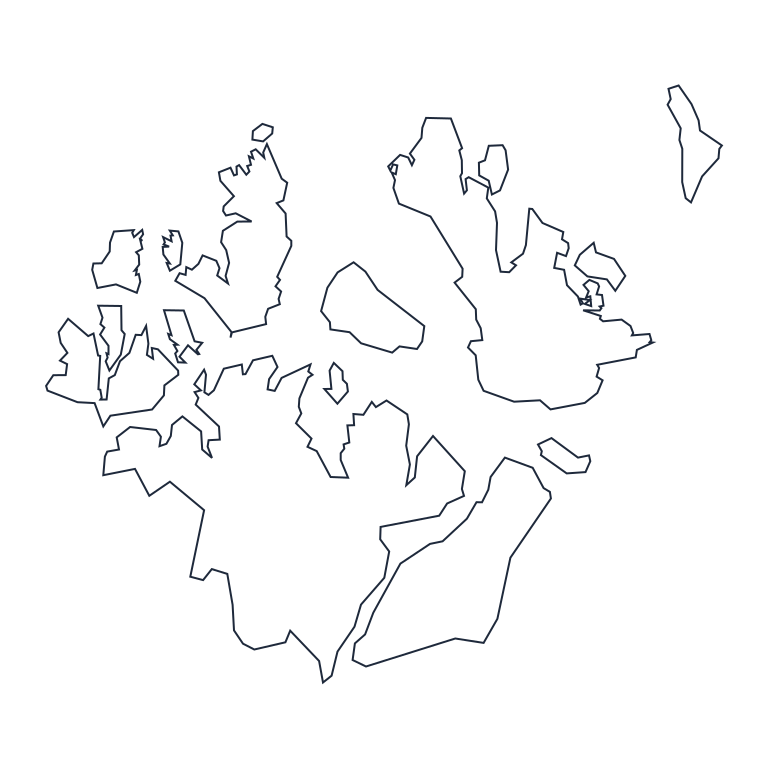 outline of Karlsøy nor, Troms, Norway
{"feature_id": "86288312B39619690303479", "entity_name": "Karlsøy nor", "entity_type": "district", "adm_level": 2, "iso_a3": "NOR", "parent_name": "Norway", "parent_adm1": "Troms", "projection": "mercator", "projection_center": [19.425, 70.066], "detail": "fine", "context": "isolated", "style": "outline", "palette": "slate", "viewbox_px": 768, "rotation_deg": 0, "n_neighbors": 0, "source": "geoboundaries", "source_scale": "gbopen_adm2", "svg_char_len": 6106}
<svg xmlns="http://www.w3.org/2000/svg" viewBox="0 0 768 768"><path d="M323.0,682.5L331.6,675.7L337.5,651.6L354.5,626.7L361.0,604.6L384.3,577.8L389.2,551.5L380.2,539.3L380.6,526.9L439.2,515.7L447.1,503.5L464.0,495.9L461.9,489.0L464.8,471.2L433.0,436.0L417.1,456.3L414.8,477.5L406.3,485.2L409.9,464.5L406.2,445.7L408.9,424.3L407.3,414.4L386.5,400.5L375.9,407.1L371.8,401.9L363.4,414.8L353.4,414.0L354.1,425.2L347.4,425.4L349.3,442.5L343.6,444.4L344.3,448.7L340.7,453.2L340.7,460.0L348.1,477.7L330.6,477.0L316.7,451.1L307.5,446.8L311.5,438.6L296.0,423.2L301.3,413.4L298.8,406.8L299.4,398.4L308.0,377.7L312.5,374.8L308.3,371.5L310.5,364.4L281.6,377.9L274.7,390.9L267.6,389.4L269.1,379.1L277.5,367.0L272.3,355.8L253.0,360.3L245.5,374.1L242.9,374.3L241.8,364.5L223.8,368.7L213.9,390.3L208.5,394.9L204.4,392.3L206.0,374.7L204.1,369.7L194.3,384.3L200.9,390.4L194.6,392.1L198.4,397.9L195.7,404.6L219.0,426.5L219.8,439.6L208.6,440.2L207.6,446.6L212.0,457.9L202.2,449.5L201.1,431.4L182.4,416.4L172.0,425.0L170.8,436.0L166.4,443.8L159.5,446.2L160.9,436.7L156.1,430.0L130.1,427.0L116.7,437.4L119.0,449.5L107.2,451.6L104.9,456.6L103.3,475.2L135.0,468.9L149.3,495.8L169.9,481.7L204.1,510.2L190.3,576.7L203.1,580.1L211.8,569.1L227.3,573.9L232.6,604.8L234.0,630.4L243.0,643.7L254.3,649.5L285.4,642.3L290.2,630.7L319.1,661.0L323.0,682.5ZM450.9,118.5L426.1,117.9L422.3,127.8L421.5,137.9L409.9,153.6L414.4,159.8L411.9,165.2L408.2,157.5L400.1,154.9L388.2,166.4L390.3,170.6L393.1,164.4L397.3,165.4L395.8,174.2L391.7,172.5L395.0,180.1L393.4,187.9L398.9,203.6L430.5,216.5L462.6,268.7L462.2,276.8L454.6,282.6L475.8,309.2L476.2,319.6L480.7,328.2L482.3,340.1L470.9,341.2L468.0,347.5L475.7,355.3L478.3,379.7L483.6,390.8L514.1,401.7L540.0,400.3L550.5,409.4L584.8,402.9L597.3,393.0L602.6,380.3L596.6,376.6L599.1,368.0L597.2,364.8L635.7,357.4L636.9,349.9L652.9,342.5L649.7,342.1L651.3,340.2L649.5,334.0L631.9,335.4L633.2,333.0L630.5,326.0L621.6,319.6L603.1,321.3L599.9,318.8L600.8,316.0L583.1,310.3L599.7,310.5L601.4,308.2L599.7,306.5L603.5,305.7L602.0,295.0L596.6,294.4L599.1,286.4L597.7,283.4L589.4,279.9L583.5,284.9L588.7,291.2L586.1,297.5L590.3,296.3L591.2,306.1L584.8,303.9L589.9,300.1L580.2,298.6L582.9,303.3L580.6,304.6L577.9,296.5L567.0,285.2L564.1,269.8L554.2,267.9L557.1,252.8L566.0,256.1L568.7,248.2L568.1,243.1L562.0,239.3L563.3,232.0L542.5,223.0L532.3,209.0L529.3,208.7L525.9,245.1L523.0,253.7L511.3,262.4L516.0,265.3L509.2,272.2L500.6,271.7L496.0,250.1L497.0,222.9L495.1,211.4L486.8,198.4L488.3,187.6L468.7,177.2L465.6,179.1L466.9,190.3L464.1,193.6L460.3,176.2L462.0,173.2L461.8,160.2L459.3,150.4L462.1,148.2L450.9,118.5ZM532.7,467.8L504.9,457.6L490.6,477.0L488.3,489.7L482.0,502.3L476.5,502.2L466.9,518.7L442.6,541.3L430.0,543.9L400.4,563.6L373.3,612.7L365.1,634.4L354.9,643.4L352.6,660.0L366.0,666.5L455.3,638.5L483.6,642.9L497.4,618.8L510.4,557.7L550.9,498.5L549.9,491.9L543.6,488.1L532.7,467.8ZM281.7,178.7L266.9,144.1L263.2,152.5L264.3,157.8L255.7,149.3L251.0,151.7L253.3,158.5L248.9,156.3L251.0,164.8L247.2,166.0L249.4,171.5L246.3,174.7L239.1,165.1L236.5,166.6L236.9,174.4L234.0,175.4L230.5,167.7L218.9,172.3L220.4,180.8L233.9,196.2L223.7,206.4L223.1,211.0L226.0,215.5L235.7,213.3L251.6,221.5L237.3,221.6L222.9,230.8L221.1,242.2L226.2,250.1L229.1,262.9L225.6,275.9L228.0,283.5L217.2,275.5L219.5,268.2L216.3,260.8L202.6,255.4L198.4,263.9L191.9,269.7L186.3,267.1L185.6,274.9L179.6,273.2L175.3,280.8L204.5,298.2L231.5,332.1L230.5,337.6L231.9,332.4L266.1,324.1L265.3,316.8L268.1,308.8L279.8,304.2L278.6,298.9L281.1,291.5L275.5,286.3L280.0,279.9L277.2,276.8L291.3,245.9L291.3,240.8L286.6,236.5L285.6,213.5L276.7,203.1L283.4,200.4L287.2,182.7L281.7,178.7ZM103.3,426.4L110.4,415.7L152.1,409.5L163.9,395.4L164.4,385.4L178.3,374.8L178.1,370.6L157.9,349.3L151.8,348.0L153.1,358.8L146.9,354.9L148.4,343.7L146.1,325.9L141.4,335.1L135.7,334.8L129.4,352.9L120.0,361.2L114.8,375.1L108.8,378.4L106.6,399.5L100.4,399.6L101.7,397.7L100.3,389.8L98.4,389.2L100.2,355.9L98.1,355.5L93.5,333.5L88.2,336.1L68.1,318.8L58.6,332.3L60.7,342.9L67.4,352.9L60.0,360.6L67.1,364.1L65.7,375.1L53.3,375.2L46.1,385.9L47.5,390.6L77.5,402.2L94.6,403.1L103.3,426.4ZM365.4,271.6L353.6,262.3L337.6,272.4L327.4,287.7L321.1,311.1L329.9,322.2L330.4,329.4L349.6,332.2L361.1,343.3L392.2,352.6L399.5,346.4L417.0,349.0L422.2,341.4L424.3,326.1L377.6,289.9L365.4,271.6ZM678.6,85.5L668.5,88.8L670.7,99.1L667.6,104.7L680.7,128.3L679.4,140.0L682.3,148.8L682.2,182.1L685.7,198.2L691.0,202.4L702.1,176.4L718.5,158.3L719.3,148.9L721.9,145.5L700.0,130.5L698.6,120.4L691.5,104.1L678.6,85.5ZM132.2,232.8L133.8,230.1L113.9,231.5L110.0,242.6L109.7,251.5L101.7,263.3L93.4,263.5L92.2,269.8L97.4,288.0L116.0,284.4L136.8,292.8L140.3,281.7L138.8,274.0L135.9,275.0L136.9,269.9L134.7,270.5L139.2,264.6L138.8,255.3L136.1,252.2L142.4,248.8L140.1,239.6L142.3,240.8L140.1,238.5L143.1,234.3L142.2,229.9L134.0,237.1L132.2,232.8ZM596.0,252.4L593.7,242.8L579.8,254.8L574.8,265.4L587.4,276.4L606.9,279.4L615.3,290.8L625.3,275.9L614.0,258.9L596.0,252.4ZM121.2,306.0L98.2,305.7L102.5,317.7L100.4,324.1L104.4,327.6L100.1,334.5L108.5,345.8L108.5,354.1L106.5,353.3L107.6,357.6L105.7,361.3L109.4,370.5L120.8,354.6L124.7,334.0L121.5,330.2L121.2,306.0ZM183.8,310.5L164.0,310.2L171.5,335.2L168.2,333.9L169.9,339.2L177.5,344.7L173.9,344.9L177.4,351.0L175.2,353.5L178.0,362.3L185.4,362.6L179.5,356.7L188.0,345.3L197.9,354.3L199.2,354.0L196.4,349.9L202.2,342.8L194.6,341.3L183.8,310.5ZM551.5,438.1L538.0,444.5L541.8,451.2L540.9,455.1L566.7,473.4L585.5,472.1L590.3,461.2L589.0,455.4L578.0,457.6L551.5,438.1ZM502.6,145.2L488.8,145.8L485.0,160.3L478.9,162.7L479.2,175.4L488.7,180.7L491.9,194.5L500.0,190.4L508.1,169.6L505.6,150.3L502.6,145.2ZM178.4,231.4L169.8,230.6L172.8,235.4L170.5,235.6L171.6,241.3L163.1,237.1L164.9,242.4L163.6,244.4L169.1,246.6L162.7,246.9L163.4,254.5L169.8,263.5L166.7,263.0L169.9,270.7L180.3,264.4L182.3,242.8L178.4,231.4ZM347.9,391.5L346.9,383.8L342.8,379.8L342.5,371.2L333.8,362.9L329.6,370.6L331.4,388.9L324.4,389.0L337.4,403.7L347.9,391.5ZM263.1,141.4L272.2,133.5L272.8,127.3L262.4,123.9L252.9,131.1L252.4,139.6L263.1,141.4Z" fill="none" stroke="#1e293b" stroke-width="2"/></svg>